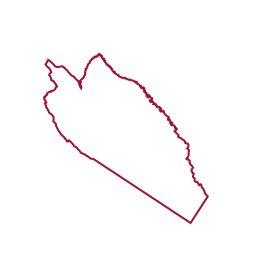 Santa Bárbara, Jujuy, Argentina (Equal Earth projection), rotated 123°
{"feature_id": "61730980B61196907081286", "entity_name": "Santa Bárbara", "entity_type": "district", "adm_level": 2, "iso_a3": "ARG", "parent_name": "Argentina", "parent_adm1": "Jujuy", "projection": "equal_earth", "projection_center": [-64.663, -24.013], "detail": "fine", "context": "isolated", "style": "outline", "palette": "rose", "viewbox_px": 256, "rotation_deg": 123, "n_neighbors": 0, "source": "geoboundaries", "source_scale": "gbopen_adm2", "svg_char_len": 5749}
<svg xmlns="http://www.w3.org/2000/svg" viewBox="0 0 256 256"><g transform="rotate(123 128 128)"><path d="M114.3,231.7L114.6,231.5L115.6,232.2L116.6,231.7L119.5,231.9L120.5,229.3L120.8,226.7L122.3,223.5L123.1,222.7L125.0,223.2L126.6,223.0L127.0,221.4L128.8,219.1L129.4,218.8L129.6,218.2L129.3,216.5L129.4,215.2L130.3,213.7L130.5,212.6L130.9,211.9L131.3,211.7L131.4,210.8L131.9,210.1L132.8,210.2L133.5,210.6L134.6,210.4L136.7,210.6L137.7,211.3L138.3,212.2L138.9,212.7L139.8,212.4L140.6,213.8L142.8,214.6L143.7,214.7L144.3,214.1L144.7,214.0L145.8,214.7L146.8,214.3L147.2,215.0L147.8,215.1L148.6,214.7L149.1,213.8L149.5,213.8L149.7,213.5L150.1,211.9L151.1,210.5L151.7,211.1L152.1,210.8L152.7,211.0L154.2,208.5L155.0,208.2L155.5,206.7L158.1,202.3L158.3,201.8L158.2,200.6L158.4,198.7L159.3,196.5L160.1,195.8L161.4,195.1L161.7,194.8L162.9,194.4L164.0,190.4L165.4,189.6L167.3,186.1L167.8,185.5L168.5,183.8L168.9,182.3L169.8,180.9L169.8,180.0L170.5,177.3L170.5,176.4L171.3,174.9L171.4,173.4L172.0,172.4L172.5,172.1L172.3,171.5L171.8,170.9L171.3,170.6L170.5,170.6L170.5,170.1L170.7,169.7L171.3,166.3L171.7,165.1L172.6,163.4L172.4,162.4L172.5,160.0L173.2,158.3L173.4,156.3L174.4,154.1L174.3,152.9L173.8,150.7L173.7,148.8L173.9,147.8L173.8,147.1L173.8,145.4L173.9,144.6L173.9,142.2L172.8,140.3L173.6,23.8L142.1,23.8L141.7,24.5L141.7,25.3L140.9,27.7L138.5,30.8L137.8,32.5L137.7,33.6L137.5,33.9L135.8,35.5L135.6,36.1L135.7,36.6L136.2,36.9L137.1,37.0L137.1,37.7L135.6,40.0L135.6,40.7L136.3,41.8L136.4,42.4L135.8,43.7L134.5,44.2L134.2,44.7L133.6,46.8L133.0,47.2L130.4,48.1L130.6,49.4L128.9,51.8L127.5,52.0L125.9,51.9L125.5,52.3L125.1,53.2L124.5,56.0L124.1,56.7L123.5,57.1L123.3,57.7L123.0,58.0L121.9,58.3L121.6,58.9L121.5,60.1L122.0,60.7L122.2,61.7L122.0,62.3L121.5,62.4L120.1,61.9L117.9,62.2L116.0,63.6L114.2,64.2L113.4,64.9L112.9,65.7L113.0,67.2L112.4,67.1L110.2,67.5L109.1,68.1L108.8,68.6L108.8,70.4L109.5,71.5L109.2,72.0L108.4,72.7L107.9,73.9L107.8,75.0L108.0,76.1L107.7,78.4L108.2,80.9L107.9,81.3L106.9,81.4L106.5,82.0L105.9,84.7L105.5,85.6L105.6,86.5L105.3,87.2L104.4,87.1L104.1,86.9L102.5,86.4L102.0,86.7L101.8,87.3L102.3,87.8L102.3,88.6L102.0,89.0L101.0,89.6L100.8,90.4L101.0,91.5L102.0,92.7L102.0,93.3L101.2,94.8L100.9,94.7L100.7,94.0L100.1,93.5L99.9,93.4L99.6,93.6L99.6,94.1L100.5,95.5L100.4,95.7L100.1,95.7L100.0,95.0L99.6,94.9L99.5,96.0L98.5,97.0L98.6,97.8L99.2,98.0L99.4,98.8L98.6,99.6L97.2,99.1L96.8,99.6L96.6,100.9L96.9,102.1L96.4,103.6L96.5,104.4L96.1,105.3L94.4,107.2L94.5,107.4L95.1,107.4L95.4,107.6L95.4,108.0L95.2,108.4L95.2,108.9L95.5,109.2L96.1,109.2L96.3,109.3L96.3,109.8L96.2,110.2L95.9,110.3L95.4,109.9L95.3,110.0L95.2,111.2L94.5,110.6L94.1,110.6L93.6,111.0L93.7,112.0L93.3,113.0L94.0,113.6L94.0,114.7L94.6,115.2L94.4,115.6L94.2,115.5L94.1,115.1L93.8,115.1L93.8,115.5L93.9,116.9L93.5,117.6L93.0,117.5L92.8,118.1L93.1,119.0L93.4,119.3L94.0,119.3L94.2,119.8L93.0,120.0L92.2,121.8L92.3,122.0L93.1,122.1L93.7,122.6L93.8,123.8L93.5,123.9L93.2,124.6L92.8,124.8L92.4,124.6L91.9,123.8L91.4,123.5L90.4,123.5L89.9,124.0L90.1,124.9L90.1,125.8L89.7,126.3L89.1,128.0L89.1,128.4L89.7,128.5L90.6,127.6L91.2,127.6L91.3,128.8L90.2,128.8L89.5,129.6L89.5,130.4L90.1,130.6L88.7,131.4L88.9,131.9L88.7,132.4L89.1,133.0L88.7,134.2L88.1,133.8L87.8,133.7L87.7,133.9L87.1,134.2L87.4,135.2L87.0,136.2L86.7,136.6L86.4,136.6L86.1,136.1L85.7,136.1L85.6,137.2L86.1,137.6L86.4,138.1L86.6,138.0L86.7,138.6L87.2,138.6L87.2,138.9L86.7,139.9L86.4,139.6L85.7,139.8L86.1,141.3L85.7,142.0L85.5,143.0L85.8,143.9L85.6,144.4L85.9,144.6L85.9,145.2L84.7,145.8L85.0,146.1L85.0,146.7L85.5,146.8L85.7,147.1L85.7,147.5L85.3,147.9L85.4,148.7L85.7,150.3L86.3,151.4L86.1,152.1L86.2,152.7L86.5,153.0L86.9,153.1L87.1,153.8L87.3,154.0L87.3,156.0L87.9,156.8L87.5,157.9L88.2,158.3L88.3,159.1L88.7,159.4L89.2,160.2L89.0,161.3L89.5,162.4L89.5,163.7L89.5,164.1L89.1,164.3L88.8,165.3L89.2,165.5L89.3,166.1L89.1,167.1L89.2,169.5L88.3,169.5L88.3,169.9L88.7,170.0L88.8,170.5L88.7,171.1L88.4,171.2L88.5,172.0L87.9,173.2L87.6,173.0L87.2,173.4L87.1,174.0L87.3,174.7L87.3,175.5L87.0,174.9L86.7,175.0L86.7,175.5L87.0,175.7L86.8,176.2L86.5,176.3L86.8,176.9L86.7,177.9L86.7,178.1L86.2,178.0L86.4,178.5L86.7,178.3L86.7,178.8L86.5,179.3L85.9,179.6L86.3,180.6L85.6,181.8L85.2,183.7L84.8,184.2L84.2,183.8L84.0,184.4L84.3,185.3L83.8,186.5L83.5,186.3L83.5,185.8L83.4,185.4L83.0,185.5L82.9,186.2L83.3,186.7L83.3,187.9L82.7,189.1L82.3,189.2L82.3,188.8L82.1,188.7L81.8,188.9L81.7,189.4L82.0,189.7L82.0,190.1L81.7,190.2L81.6,190.6L81.8,191.3L81.7,191.7L82.2,191.5L82.1,192.2L82.6,192.0L82.8,192.3L82.5,192.3L82.6,192.5L82.9,192.6L82.9,192.3L83.3,192.5L83.6,193.2L83.8,193.1L83.8,192.9L83.6,192.8L83.7,192.6L84.6,192.7L84.8,193.1L85.7,193.5L85.8,193.9L86.1,193.7L86.5,194.0L86.5,194.5L86.8,194.4L87.2,194.9L87.3,194.8L88.5,195.1L88.6,195.5L89.4,195.9L89.8,195.6L90.0,195.8L91.2,195.8L92.1,196.2L92.5,196.0L93.0,196.2L94.5,195.5L95.8,196.2L96.5,196.0L96.8,196.1L97.4,195.7L98.0,195.8L98.9,195.6L99.4,195.8L100.3,195.1L101.2,195.4L101.6,195.7L102.3,195.0L102.9,195.1L103.4,194.9L104.1,194.3L104.8,194.3L105.6,193.7L105.8,193.3L106.5,193.2L107.1,192.9L107.8,193.1L108.7,192.8L109.9,193.0L110.5,192.7L112.8,193.6L113.7,193.6L114.3,193.9L114.7,193.9L114.9,193.1L115.1,192.6L115.4,192.4L115.9,192.5L116.0,192.2L116.5,192.3L117.8,191.7L118.0,191.1L118.2,190.2L118.8,190.0L119.5,189.1L120.2,188.9L119.8,189.9L119.1,191.2L117.2,193.5L116.3,194.3L116.1,195.2L115.7,195.7L115.4,198.4L115.2,198.8L114.5,201.7L114.4,202.4L114.7,203.3L114.7,204.0L114.0,206.9L113.7,207.4L113.6,208.6L112.7,210.7L112.7,212.2L112.1,214.1L112.1,214.6L112.3,215.1L112.0,215.7L112.0,216.8L114.9,219.8L115.6,221.0L115.6,221.6L115.9,222.2L115.9,222.7L114.7,227.4L114.7,228.6L114.3,230.4L114.3,231.7Z" fill="none" stroke="#9f1239" stroke-width="2"/></g></svg>